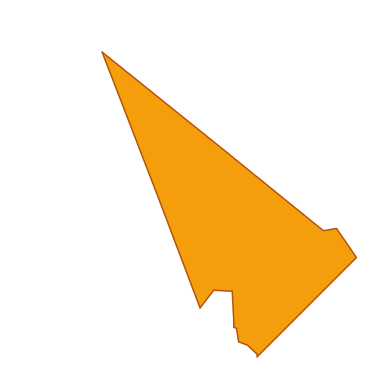 the border of Hodh ech Chargui, rotated 315°
{"feature_id": "MRT-2796", "entity_name": "Hodh ech Chargui", "entity_type": "Region", "adm_level": 1, "iso_a3": "MRT", "parent_name": "Mauritania", "parent_adm1": "", "projection": "mercator", "projection_center": [-6.332, 19.309], "detail": "fine", "context": "isolated", "style": "filled", "palette": "amber", "viewbox_px": 384, "rotation_deg": 315, "n_neighbors": 0, "source": "natural_earth", "source_scale": "10m", "svg_char_len": 1834}
<svg xmlns="http://www.w3.org/2000/svg" viewBox="0 0 384 384"><g transform="rotate(315 192 192)"><path d="M227.4,29.4L227.8,33.5L228.4,38.7L228.9,44.0L229.5,49.3L230.1,54.5L230.6,59.8L231.2,65.0L231.8,70.3L232.4,75.5L232.9,80.7L233.5,86.0L234.1,91.2L234.6,96.4L235.2,101.6L235.8,106.8L236.3,112.0L236.9,117.2L237.5,122.4L237.7,124.9L238.3,130.5L238.9,136.0L239.2,138.5L239.7,143.2L240.3,148.5L240.9,153.9L241.5,159.2L242.0,164.6L242.6,169.9L243.2,175.3L243.8,180.6L244.4,185.9L245.0,191.8L245.2,194.3L245.5,196.8L245.7,199.3L246.0,201.7L246.4,205.7L246.8,209.6L247.2,213.6L247.6,217.5L248.0,221.4L248.4,225.4L248.9,229.3L249.3,233.2L249.7,237.2L250.1,241.1L250.5,245.0L250.9,248.9L251.3,252.7L251.7,256.5L252.1,260.4L252.5,264.2L252.9,268.0L253.3,271.8L253.7,275.6L254.1,279.4L254.5,283.2L254.9,287.0L255.3,290.8L255.7,294.5L256.1,298.3L256.5,302.1L256.9,305.9L257.3,309.7L257.4,311.4L257.8,312.1L258.1,312.7L259.7,313.8L261.2,314.9L263.0,316.1L264.6,317.2L266.2,318.4L267.8,319.5L268.0,319.7L268.2,319.9L268.3,320.2L268.3,320.4L268.1,321.7L267.3,325.6L266.6,329.6L265.9,333.6L265.1,337.5L264.4,341.6L263.6,345.6L262.9,349.7L262.1,353.7L262.1,353.9L262.1,354.1L262.0,354.3L262.0,354.5L261.9,354.6L255.4,354.6L250.0,354.6L247.5,354.6L244.8,354.6L241.9,354.6L238.8,354.6L233.4,354.6L229.4,354.6L227.6,354.6L221.6,354.6L215.2,354.6L208.7,354.6L201.9,354.6L195.1,354.6L188.2,354.6L181.3,354.6L174.5,354.6L167.8,354.6L161.2,354.6L154.8,354.6L148.8,354.6L143.0,354.6L137.6,354.6L134.2,354.6L131.0,354.6L128.0,354.6L125.3,354.6L121.6,354.6L121.9,354.2L123.4,352.7L122.9,339.5L120.7,334.6L119.0,330.9L127.0,320.0L126.0,317.1L131.8,311.2L134.3,308.3L141.1,300.8L150.3,290.6L143.4,283.0L137.9,276.8L115.7,279.7L115.8,279.5L162.4,176.1L163.0,174.9L227.1,30.1L227.3,29.4L227.4,29.4Z" fill="#f59e0b" stroke="#b45309" stroke-width="1.5"/></g></svg>